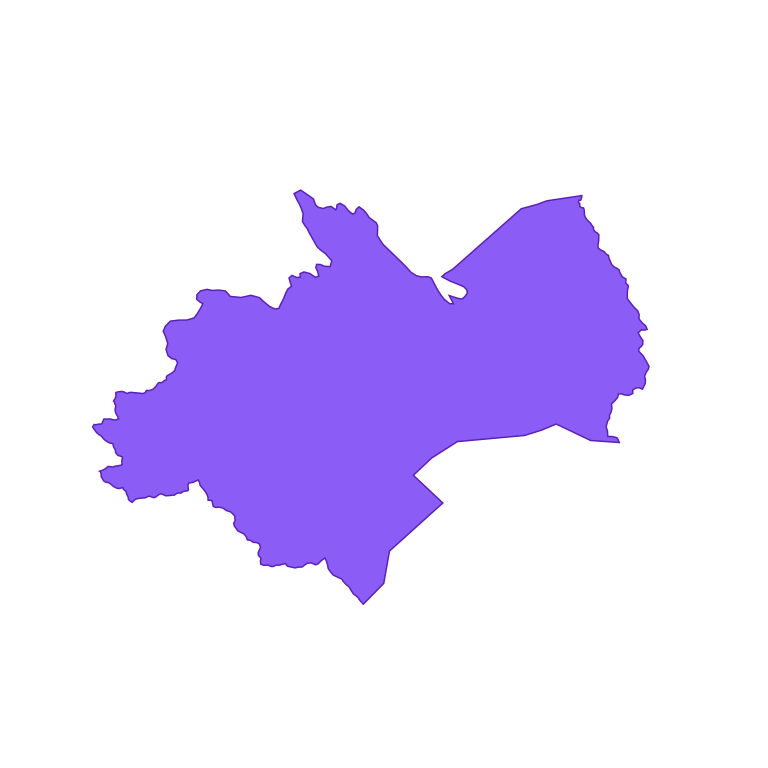 outline of Gua Musang, Kelantan, Malaysia, rotated 138°
{"feature_id": "92858781B67795542247557", "entity_name": "Gua Musang", "entity_type": "district", "adm_level": 2, "iso_a3": "MYS", "parent_name": "Malaysia", "parent_adm1": "Kelantan", "projection": "natural_earth1", "projection_center": [102.158, 5.006], "detail": "fine", "context": "isolated", "style": "filled", "palette": "violet", "viewbox_px": 768, "rotation_deg": 138, "n_neighbors": 0, "source": "geoboundaries", "source_scale": "gbopen_adm2", "svg_char_len": 5559}
<svg xmlns="http://www.w3.org/2000/svg" viewBox="0 0 768 768"><g transform="rotate(138 384 384)"><path d="M248.5,182.3L246.8,187.6L247.4,189.1L249.4,192.1L252.8,195.3L249.2,199.8L247.6,203.6L245.6,204.8L242.5,206.9L239.4,207.5L237.3,209.9L234.2,211.1L230.9,213.4L228.3,217.0L224.7,217.0L219.6,217.6L216.5,219.7L214.2,217.9L212.6,214.9L209.5,211.7L205.4,210.5L203.1,213.1L199.5,212.5L196.9,210.5L195.4,207.2L190.0,209.3L186.9,212.0L185.1,215.5L181.3,217.3L177.4,218.2L175.3,219.7L174.6,222.3L172.5,231.8L172.8,237.8L170.7,239.8L167.4,239.8L165.1,240.4L162.5,243.1L162.0,247.0L160.9,252.0L156.3,252.0L155.0,250.2L151.9,248.5L150.6,252.3L151.2,256.5L150.9,261.8L147.8,265.1L146.5,268.6L146.8,274.0L146.5,279.6L146.0,284.7L142.9,288.2L139.8,291.2L136.7,293.3L136.7,297.4L133.9,300.1L135.2,304.2L134.1,309.1L132.9,311.5L133.4,314.0L134.6,316.9L134.9,320.3L133.9,323.1L132.8,326.7L131.1,329.4L132.0,331.7L131.8,335.1L133.4,339.1L133.8,341.6L132.6,343.5L130.6,345.2L128.5,346.9L124.5,351.1L124.5,353.7L125.2,356.0L125.0,358.5L123.4,360.4L123.4,362.5L122.9,365.3L123.1,368.2L123.2,370.8L122.7,373.5L121.7,375.9L119.8,378.0L118.8,379.4L117.9,381.3L119.3,383.0L119.6,385.4L117.9,386.8L117.8,388.9L116.1,390.2L115.0,388.9L112.5,390.2L111.0,391.5L110.9,391.6L140.3,411.1L150.1,415.0L164.7,422.4L256.3,423.3L264.8,425.1L269.2,425.1L266.1,416.4L262.7,409.6L259.7,403.1L259.4,398.6L261.5,395.7L265.8,394.8L269.4,395.1L272.0,398.6L276.4,406.1L278.7,397.1L281.5,399.8L282.6,407.2L282.0,413.2L281.3,417.6L279.7,424.2L277.9,431.0L279.5,434.3L284.4,438.4L287.4,442.6L289.2,449.1L289.2,456.5L289.5,462.5L291.3,488.6L289.7,498.7L283.1,505.5L281.9,509.0L283.6,517.5L282.8,523.1L282.8,526.8L284.0,532.4L287.7,532.4L290.9,530.5L293.7,531.4L294.5,536.5L294.1,542.6L295.7,547.7L298.9,548.6L301.7,546.3L303.3,545.8L304.5,551.4L308.2,553.7L311.8,555.1L314.6,559.3L315.0,563.0L312.6,568.6L313.8,574.1L315.4,580.6L316.2,583.9L323.4,585.7L325.4,579.2L326.7,573.7L327.9,570.0L330.3,564.4L333.5,561.6L335.9,559.3L336.7,555.1L337.1,550.9L338.3,546.8L340.7,536.1L341.9,530.5L341.5,526.3L340.3,519.8L340.3,510.6L345.5,507.3L349.6,511.5L351.2,515.2L354.0,518.0L356.8,516.1L358.0,512.0L360.4,507.8L363.6,509.2L365.2,515.7L368.5,520.8L372.5,522.2L374.9,519.4L377.7,521.7L379.7,526.3L383.7,526.3L385.7,522.2L387.3,518.5L391.8,518.9L395.8,517.5L401.4,514.7L407.4,512.4L411.5,510.6L414.7,512.4L417.1,518.0L418.3,525.9L418.7,531.4L423.5,538.9L432.4,544.0L439.6,551.9L439.6,559.3L444.0,564.4L449.2,568.6L452.1,572.7L458.1,576.0L462.2,575.6L463.3,575.5L466.5,572.3L466.1,568.6L464.9,564.9L469.7,563.0L476.2,561.1L481.0,560.2L487.8,563.5L493.5,568.6L500.7,573.7L507.9,573.2L512.8,570.9L514.4,565.8L517.6,558.8L522.8,555.6L525.6,549.5L524.8,544.9L522.4,541.7L523.2,537.9L528.8,535.2L530.2,534.0L534.3,534.1L537.2,534.7L538.8,535.1L540.3,535.2L541.4,534.6L542.0,533.5L542.9,532.8L544.7,533.5L546.3,533.5L547.6,533.6L549.0,534.3L549.8,535.3L551.2,535.8L552.9,535.4L554.2,535.1L555.5,534.7L556.9,534.8L558.8,534.7L559.6,534.7L562.0,535.8L563.5,536.8L564.5,538.0L565.7,538.1L566.7,537.4L567.7,537.4L569.7,538.4L571.3,540.2L574.4,543.6L577.7,547.2L579.4,548.3L581.0,548.7L581.7,549.8L582.6,552.1L583.6,553.7L586.5,555.9L589.0,557.1L590.3,555.6L590.9,554.7L592.1,553.9L594.2,552.8L595.6,552.7L596.5,552.2L596.5,550.6L597.3,549.4L597.6,547.9L598.6,546.6L600.0,545.8L601.3,544.5L602.3,543.0L603.1,540.7L603.7,538.0L604.6,535.7L608.0,537.1L609.5,539.2L611.0,541.4L612.8,542.8L615.6,545.4L619.7,543.5L621.2,543.5L622.5,544.9L623.7,545.6L625.5,546.6L626.5,547.9L629.3,547.0L629.6,544.9L629.9,542.6L630.1,540.3L629.8,537.8L629.3,536.1L628.9,533.7L629.1,531.6L628.9,528.9L628.3,526.1L627.3,523.6L626.6,522.8L625.3,520.9L626.6,519.2L627.3,517.3L627.8,514.8L629.3,512.6L629.6,510.1L629.3,508.4L628.3,507.2L627.3,505.0L628.4,503.6L630.2,502.5L631.1,501.2L632.7,499.3L634.4,500.0L637.2,501.7L639.1,503.1L640.8,503.4L642.6,505.7L644.2,507.4L647.0,507.4L650.2,508.0L653.7,509.5L653.5,508.8L654.3,506.5L656.3,504.2L656.6,501.7L657.1,499.8L656.9,498.1L655.8,496.4L654.3,494.3L653.8,490.1L653.4,488.4L652.5,485.8L651.0,483.7L649.2,482.7L647.4,481.8L648.2,480.1L647.8,478.2L647.7,476.3L648.8,474.7L649.8,471.1L651.1,469.4L651.1,467.1L650.3,464.5L648.3,464.7L645.9,464.7L644.1,463.9L641.6,462.2L637.3,459.0L635.2,458.6L633.4,457.6L632.2,455.4L630.9,453.3L628.7,452.7L625.3,452.5L623.2,451.7L621.8,448.9L621.0,447.0L618.5,444.9L615.9,443.2L614.3,441.7L611.8,441.5L609.5,440.5L608.0,438.8L605.7,438.6L603.4,437.5L601.4,436.0L600.1,436.2L597.5,440.0L595.3,440.9L593.7,440.0L591.7,438.6L586.3,437.1L586.9,434.5L588.4,431.8L588.6,428.9L588.6,426.9L588.9,422.7L589.9,419.1L590.9,417.2L592.5,415.3L592.0,414.9L589.9,412.6L592.8,407.2L591.7,404.9L588.9,402.8L586.8,399.8L585.8,395.4L583.5,391.5L583.2,385.9L586.1,382.0L588.9,381.1L590.2,378.7L590.9,372.5L588.4,366.3L588.6,362.7L589.9,359.7L587.9,357.1L587.1,353.8L584.8,351.4L583.7,348.8L585.0,345.2L587.9,344.0L590.4,342.8L592.0,340.7L592.0,336.9L594.3,335.1L596.1,332.7L594.8,329.8L591.5,327.1L589.9,323.8L588.6,322.6L585.3,321.5L583.0,319.4L577.6,316.7L577.6,313.1L573.2,306.9L570.1,305.1L567.3,302.8L563.9,302.5L561.1,302.2L557.8,299.8L555.7,295.3L553.1,294.4L548.8,294.7L544.4,294.2L545.4,290.6L547.2,287.0L549.0,284.1L549.5,279.9L549.5,275.8L548.0,272.2L545.9,267.1L546.4,264.5L546.4,260.6L545.7,256.8L546.7,251.7L547.2,248.2L546.4,244.9L546.2,242.5L546.7,240.1L546.7,234.2L517.6,236.0L491.7,256.2L419.9,256.2L423.3,296.5L398.0,297.1L368.0,292.1L314.0,251.7L297.8,244.3L282.8,239.0L268.2,203.7L248.4,183.2L248.5,182.3Z" fill="#8b5cf6" stroke="#5b21b6" stroke-width="1.5"/></g></svg>